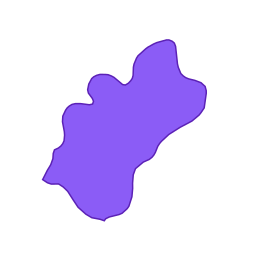 outline of Yangdok, P'yŏngan-namdo, North Korea, rotated 289°
{"feature_id": "82179303B23606982482595", "entity_name": "Yangdok", "entity_type": "district", "adm_level": 2, "iso_a3": "PRK", "parent_name": "North Korea", "parent_adm1": "P'yŏngan-namdo", "projection": "orthographic", "projection_center": [126.837, 39.187], "detail": "fine", "context": "isolated", "style": "filled", "palette": "violet", "viewbox_px": 256, "rotation_deg": 289, "n_neighbors": 0, "source": "geoboundaries", "source_scale": "gbopen_adm2", "svg_char_len": 1358}
<svg xmlns="http://www.w3.org/2000/svg" viewBox="0 0 256 256"><g transform="rotate(289 128 128)"><path d="M208.7,119.0L199.7,114.0L196.8,113.3L190.4,112.9L187.3,113.3L179.4,115.7L176.3,115.9L173.6,115.2L170.5,113.8L167.8,111.5L167.3,108.8L171.3,98.3L171.8,95.3L171.9,91.8L171.2,89.0L169.5,84.0L167.6,81.2L165.2,78.9L162.9,77.6L156.8,76.6L151.0,77.4L148.1,79.2L144.3,84.7L142.0,86.7L139.1,86.7L137.4,83.9L135.6,75.2L133.9,70.3L132.1,67.4L129.6,65.3L127.3,64.0L124.6,63.2L118.0,62.5L112.6,64.0L103.8,69.0L100.5,70.4L95.1,71.7L91.9,71.4L89.1,70.4L86.4,68.7L83.4,65.6L79.6,65.6L74.5,67.0L68.1,66.9L61.6,65.5L51.4,64.1L50.0,69.6L50.0,73.7L52.5,80.6L51.1,86.1L48.5,91.6L42.0,99.8L36.8,106.6L32.8,116.2L31.4,123.0L32.6,131.3L32.6,135.8L34.9,136.4L37.8,139.3L43.3,147.8L45.5,150.2L51.5,153.5L54.3,154.3L64.2,154.1L72.3,152.1L77.3,150.3L85.5,148.2L92.0,148.3L100.8,153.6L105.3,158.4L108.1,160.2L110.7,161.2L113.8,161.8L120.4,162.1L123.6,162.9L126.2,163.9L135.2,168.7L145.7,177.1L155.4,186.2L163.4,191.0L166.2,192.0L171.8,193.5L186.3,190.7L188.8,189.8L191.6,187.9L192.4,187.4L194.6,182.3L194.8,175.8L194.2,169.4L194.4,166.1L195.2,163.3L196.7,160.2L201.7,155.8L204.7,153.9L220.7,146.4L223.4,144.1L224.4,141.6L224.6,138.0L223.7,135.5L223.0,134.6L221.9,132.9L218.1,127.4L215.8,124.9L210.9,120.5L208.7,119.0Z" fill="#8b5cf6" stroke="#5b21b6" stroke-width="1.5"/></g></svg>